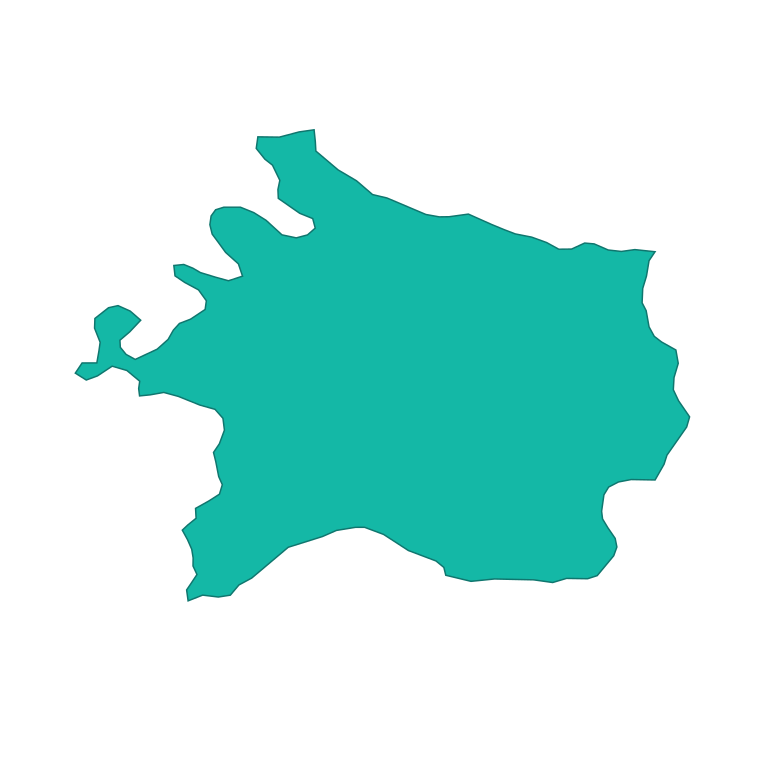 outline of Andirá, Paraná, Brazil, rotated 98°
{"feature_id": "56859067B52775049896070", "entity_name": "Andirá", "entity_type": "district", "adm_level": 2, "iso_a3": "BRA", "parent_name": "Brazil", "parent_adm1": "Paraná", "projection": "equal_earth", "projection_center": [-50.276, -23.026], "detail": "fine", "context": "isolated", "style": "filled", "palette": "teal", "viewbox_px": 768, "rotation_deg": 98, "n_neighbors": 0, "source": "geoboundaries", "source_scale": "gbopen_adm2", "svg_char_len": 2189}
<svg xmlns="http://www.w3.org/2000/svg" viewBox="0 0 768 768"><g transform="rotate(98 384 384)"><path d="M215.3,134.0L216.0,154.3L219.7,167.4L220.1,180.6L216.0,195.4L216.5,204.9L224.3,217.1L226.2,229.7L221.3,242.6L218.0,258.2L217.1,274.9L214.4,286.6L211.0,299.8L204.0,324.1L209.3,342.8L210.8,352.5L210.3,366.1L199.4,406.9L198.0,421.7L186.6,439.5L178.4,459.2L162.8,483.9L153.7,485.7L142.0,488.6L146.2,503.2L154.1,522.0L156.8,543.3L168.5,543.3L178.0,533.2L182.8,524.9L196.8,515.5L206.2,516.1L214.9,514.5L222.6,499.3L226.7,491.2L230.1,477.6L239.2,473.8L247.0,480.5L251.5,491.2L250.5,505.8L238.3,523.6L232.4,536.8L228.9,550.8L231.2,567.2L234.9,575.0L241.7,578.6L250.5,578.6L259.5,575.0L267.0,567.6L275.8,559.1L285.3,544.9L296.9,539.1L303.4,552.4L301.7,565.6L299.2,581.4L295.9,589.4L293.5,598.9L295.9,608.6L306.0,606.0L311.2,595.4L316.6,580.8L326.3,571.5L335.1,571.5L346.8,584.7L352.5,595.0L360.0,600.1L369.9,604.0L381.1,613.5L394.3,633.8L390.6,643.5L384.4,650.2L377.4,651.6L367.8,643.1L354.7,633.8L347.1,645.5L343.4,658.3L346.8,667.4L359.3,679.4L369.0,678.4L382.2,670.9L390.9,670.9L403.1,671.3L405.2,685.9L416.2,691.2L421.5,679.4L415.9,668.9L404.2,655.7L406.4,640.5L415.2,626.3L422.7,626.3L429.8,624.4L427.3,614.1L423.0,600.9L424.9,585.9L430.5,563.4L432.6,547.8L440.4,538.7L451.9,535.6L466.1,538.7L475.5,543.3L484.5,539.7L498.7,534.8L506.2,530.1L516.0,531.6L524.3,541.3L533.4,553.3L543.1,551.4L550.7,558.5L556.8,563.4L565.5,556.9L574.4,551.4L582.8,548.8L590.8,547.8L598.7,542.7L608.1,547.2L615.4,550.8L626.0,547.8L618.3,534.2L618.0,518.4L614.5,506.8L603.2,499.7L594.6,488.0L559.0,456.1L543.6,423.7L535.6,410.7L529.9,392.3L528.6,383.3L533.0,363.5L545.5,336.7L552.0,307.9L557.3,299.2L564.8,296.2L567.3,270.4L564.8,260.1L561.7,247.5L557.1,208.6L557.1,189.3L551.1,176.2L548.5,155.3L544.1,146.2L522.1,132.6L513.0,130.7L504.7,133.6L495.2,142.3L487.2,148.8L479.7,150.8L463.1,150.8L454.8,147.2L448.4,138.2L444.2,125.9L441.3,102.2L424.5,95.5L415.1,93.9L384.5,78.3L374.0,76.8L359.6,90.0L349.4,96.7L337.3,97.7L322.6,95.5L309.7,99.7L303.8,114.9L299.2,123.0L290.5,129.5L274.9,134.6L267.7,139.7L253.4,141.1L240.6,139.1L225.0,138.7L215.3,134.0Z" fill="#14b8a6" stroke="#0f766e" stroke-width="1.5"/></g></svg>